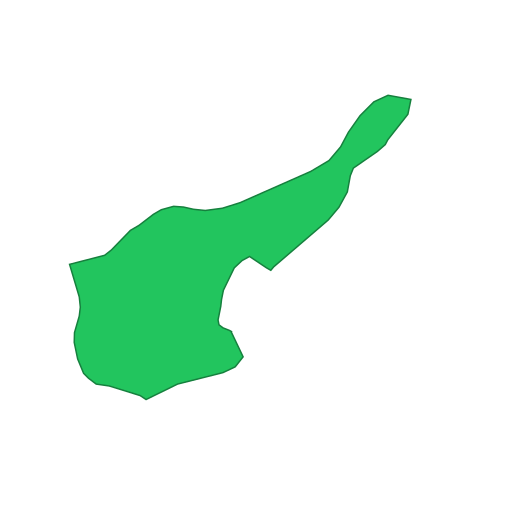 outline of Siparia, rotated 156°
{"feature_id": "TTO-52", "entity_name": "Siparia", "entity_type": "Region", "adm_level": 1, "iso_a3": "TTO", "parent_name": "Trinidad and Tobago", "parent_adm1": "", "projection": "orthographic", "projection_center": [-61.668, 10.145], "detail": "fine", "context": "isolated", "style": "filled", "palette": "green", "viewbox_px": 512, "rotation_deg": 156, "n_neighbors": 0, "source": "natural_earth", "source_scale": "10m", "svg_char_len": 909}
<svg xmlns="http://www.w3.org/2000/svg" viewBox="0 0 512 512"><g transform="rotate(156 256 256)"><path d="M309.1,196.9L309.5,196.5L308.8,169.1L320.1,163.2L333.6,162.9L379.7,170.9L414.8,169.6L418.6,175.6L443.0,197.0L454.1,204.0L458.7,212.4L461.2,218.9L460.8,234.5L457.2,251.0L453.0,259.8L441.9,273.0L437.3,280.7L434.1,290.5L429.7,324.2L394.0,318.2L385.7,320.3L360.3,330.5L350.3,331.6L332.8,335.8L323.7,336.8L311.1,334.9L302.3,330.2L294.1,324.1L283.8,318.2L267.2,313.3L248.9,311.2L171.6,311.0L150.5,313.5L134.3,321.3L121.2,331.5L103.8,341.9L85.6,348.9L70.0,349.1L50.8,336.0L59.6,323.7L88.3,308.6L92.6,305.2L102.4,302.2L131.3,296.7L137.2,291.0L146.5,277.4L160.4,266.8L175.4,259.5L244.2,238.9L248.3,236.9L251.2,240.9L262.1,258.2L270.6,257.5L280.7,254.0L299.7,238.0L305.1,230.4L308.7,224.3L316.7,213.0L317.8,208.2L315.4,203.8L310.6,198.9L309.1,196.9Z" fill="#22c55e" stroke="#15803d" stroke-width="1.5"/></g></svg>